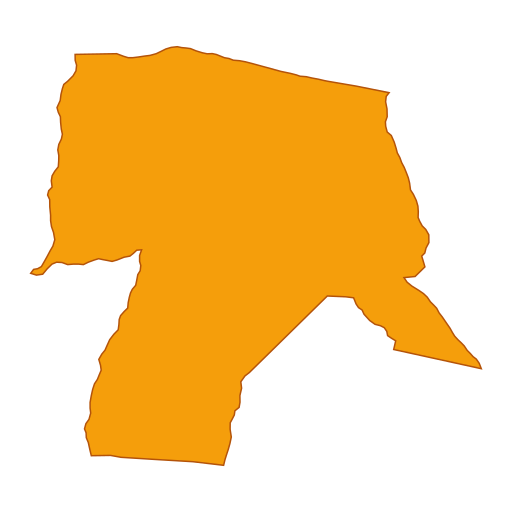 outline of Miraíma, Ceará, Brazil
{"feature_id": "56859067B49924761215714", "entity_name": "Miraíma", "entity_type": "district", "adm_level": 2, "iso_a3": "BRA", "parent_name": "Brazil", "parent_adm1": "Ceará", "projection": "robinson", "projection_center": [-39.915, -3.576], "detail": "fine", "context": "isolated", "style": "filled", "palette": "amber", "viewbox_px": 512, "rotation_deg": 0, "n_neighbors": 0, "source": "geoboundaries", "source_scale": "gbopen_adm2", "svg_char_len": 2913}
<svg xmlns="http://www.w3.org/2000/svg" viewBox="0 0 512 512"><path d="M75.1,54.4L75.2,60.4L76.6,65.2L76.0,70.8L73.1,75.8L67.6,81.3L63.8,84.4L62.4,88.6L61.0,94.3L60.2,100.5L57.0,107.6L58.3,112.3L60.4,116.7L60.6,122.2L61.3,129.1L62.4,134.2L61.4,139.0L58.8,144.4L57.8,149.9L58.8,155.6L58.7,160.9L58.3,166.8L54.8,171.2L52.1,175.8L51.3,180.8L52.1,187.1L48.7,190.7L47.6,195.0L49.7,199.6L49.8,206.9L50.6,215.2L50.6,220.7L51.5,226.6L53.5,232.4L54.8,239.7L52.9,246.1L50.1,250.9L47.3,256.2L44.8,260.7L41.4,266.6L37.6,268.7L33.6,269.4L30.7,273.3L36.4,275.1L42.7,274.2L47.2,268.8L52.0,264.1L56.6,262.2L62.0,262.5L67.7,264.6L73.4,264.1L78.6,264.1L83.4,264.6L88.3,262.2L94.3,260.0L98.6,258.7L102.8,259.6L107.6,260.5L112.1,261.4L117.0,260.0L124.1,257.2L129.9,256.1L133.3,253.4L136.7,250.2L141.6,249.8L139.6,255.5L139.6,261.4L140.8,265.5L140.2,270.7L137.8,274.6L136.7,280.4L135.7,285.3L132.3,289.3L130.5,293.0L129.3,297.3L128.2,302.6L127.7,308.1L124.2,311.5L120.6,315.6L119.2,319.5L118.9,324.6L118.2,329.8L113.9,334.2L109.7,339.7L106.8,346.1L105.0,350.2L101.8,354.1L98.8,359.4L100.5,365.2L101.2,370.2L99.3,374.7L97.4,379.4L94.5,383.8L92.7,389.3L91.3,395.6L90.1,402.4L90.1,408.1L90.7,413.1L89.0,419.3L85.9,423.7L84.5,428.9L86.1,432.8L86.3,437.7L88.3,442.5L89.9,449.8L91.3,455.7L110.5,455.4L121.0,457.3L154.4,459.4L192.9,461.7L223.6,465.3L225.0,459.6L226.4,455.1L228.3,449.3L229.9,443.6L231.3,437.0L230.1,429.2L230.2,422.8L232.1,419.3L234.3,415.0L234.9,410.8L239.1,407.4L240.0,402.2L239.9,395.5L241.6,388.2L240.8,381.8L244.9,376.0L249.5,372.4L327.3,296.0L345.8,296.8L353.6,297.8L356.1,304.0L358.5,307.6L362.1,310.0L364.0,314.2L369.7,320.5L375.0,324.3L380.4,325.7L384.3,327.7L386.8,331.4L387.6,335.6L391.4,338.2L395.7,340.8L393.7,349.5L481.3,368.7L479.2,363.3L476.3,359.1L473.0,356.6L470.4,353.6L467.2,350.4L464.2,345.9L461.1,342.7L458.1,339.9L454.7,336.2L452.4,332.5L450.0,328.2L446.4,323.0L442.3,317.0L439.1,312.9L436.7,308.3L433.9,305.3L430.4,301.8L427.2,297.1L423.5,293.6L419.0,290.5L415.3,288.2L411.9,286.1L407.1,282.2L404.0,277.6L415.1,276.5L424.9,266.9L423.1,260.7L421.7,256.1L424.8,253.0L426.0,248.1L428.9,242.6L428.8,234.8L425.8,229.5L422.2,225.9L419.7,221.3L418.1,217.5L418.3,211.8L417.9,206.1L416.3,200.5L413.4,194.4L410.5,189.9L409.6,183.1L408.3,177.8L406.4,172.8L404.2,167.4L401.7,162.7L399.8,157.5L397.3,152.9L396.1,148.3L394.2,142.1L391.3,135.5L387.2,132.0L385.7,126.3L385.4,121.8L387.2,116.7L387.0,108.9L385.6,101.8L386.2,96.4L389.1,92.7L356.2,86.1L328.0,81.3L324.4,80.6L318.4,79.2L311.9,78.0L306.3,76.7L300.0,76.2L296.3,74.9L290.5,73.4L280.9,71.4L252.0,63.5L245.4,61.8L239.5,60.7L233.3,60.2L229.0,58.5L224.4,57.7L220.4,56.1L216.4,54.5L212.3,53.6L207.2,53.8L202.4,52.8L195.9,50.8L190.5,48.6L186.1,48.0L181.7,47.6L177.3,46.7L171.1,47.4L165.8,49.0L161.6,51.1L156.2,53.7L150.0,55.4L144.4,56.1L138.4,57.0L132.7,57.7L128.2,57.7L123.6,56.3L116.7,53.7L75.1,54.4Z" fill="#f59e0b" stroke="#b45309" stroke-width="1.5"/></svg>